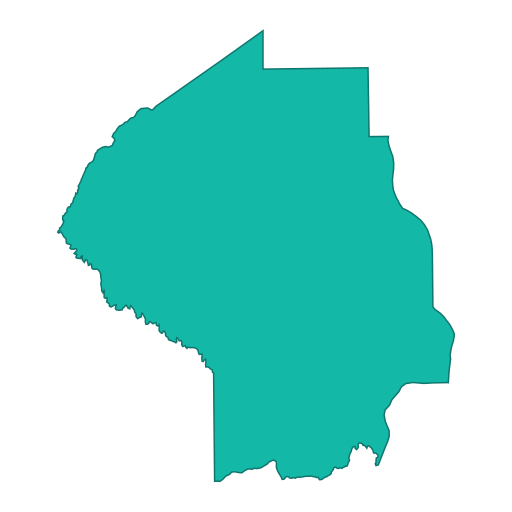 outline of Paoy Paet, Bântéay Méanchey, Cambodia
{"feature_id": "14789045B48513904069909", "entity_name": "Paoy Paet", "entity_type": "district", "adm_level": 2, "iso_a3": "KHM", "parent_name": "Cambodia", "parent_adm1": "Bântéay Méanchey", "projection": "equal_earth", "projection_center": [102.631, 13.649], "detail": "fine", "context": "isolated", "style": "filled", "palette": "teal", "viewbox_px": 512, "rotation_deg": 0, "n_neighbors": 0, "source": "geoboundaries", "source_scale": "gbopen_adm2", "svg_char_len": 5670}
<svg xmlns="http://www.w3.org/2000/svg" viewBox="0 0 512 512"><path d="M263.0,30.7L258.8,33.7L221.8,60.1L156.5,105.9L154.6,107.7L152.4,110.1L151.1,109.8L147.8,108.0L144.9,108.2L141.1,108.6L139.1,110.1L137.2,111.7L136.2,113.8L134.7,116.4L133.4,117.6L131.0,118.0L129.5,119.2L127.5,121.6L125.1,122.3L122.6,124.7L120.5,125.7L119.4,126.1L117.4,128.5L115.7,131.5L113.7,133.3L112.2,136.7L114.0,138.2L114.9,140.4L113.1,143.2L112.7,145.1L110.3,146.4L108.4,147.2L105.7,146.5L102.4,147.3L100.3,148.6L97.6,150.2L97.0,151.9L95.4,153.5L94.3,157.6L93.3,160.5L91.9,162.0L89.4,163.2L87.9,165.3L87.3,167.1L85.9,168.1L85.7,169.7L84.9,171.5L84.0,173.4L82.7,176.5L82.0,178.2L81.3,179.3L81.0,181.3L80.1,182.5L79.5,184.2L78.6,185.4L78.2,186.9L78.9,187.9L78.4,189.3L77.6,190.1L77.7,191.9L77.1,193.6L75.7,193.1L75.6,194.6L75.1,196.6L74.0,197.9L73.6,199.2L73.0,201.0L72.9,202.5L72.0,203.3L71.0,204.1L70.7,205.8L70.0,206.9L68.7,206.9L67.7,208.0L66.9,209.8L67.0,211.8L65.9,212.7L65.0,213.8L64.0,215.5L62.8,216.0L62.7,217.9L62.7,219.9L64.0,221.1L63.3,222.3L63.0,223.9L62.0,225.3L61.2,226.9L59.6,228.1L59.7,229.8L58.5,230.7L57.7,232.1L58.8,233.1L60.6,231.7L61.9,233.4L62.9,234.9L63.4,236.1L64.6,237.6L65.6,238.1L66.2,240.0L66.1,241.4L66.5,243.2L67.7,243.9L69.9,244.3L71.0,245.3L69.9,248.1L71.1,249.1L72.5,249.1L74.0,249.3L75.0,248.6L76.1,248.6L76.9,250.2L76.0,251.5L75.1,252.3L74.1,253.5L75.6,254.4L76.7,254.0L76.6,255.4L75.9,257.4L76.8,258.1L78.6,258.4L80.6,258.5L81.1,256.5L82.4,256.0L82.3,257.5L82.1,259.0L82.7,260.3L84.3,262.4L85.1,261.0L85.4,259.6L87.0,260.1L87.9,263.1L88.4,265.4L89.5,265.1L90.0,263.7L91.4,264.3L91.7,266.3L92.0,268.4L93.4,269.2L94.6,269.3L96.3,269.0L97.2,269.3L97.4,269.4L98.4,270.0L100.0,272.2L100.6,274.1L100.7,276.0L100.9,277.7L101.4,280.0L101.2,282.0L100.8,283.9L101.2,286.0L101.7,288.7L101.6,290.6L102.8,292.6L104.0,290.5L104.4,292.2L103.9,293.6L104.2,294.9L104.1,297.4L105.3,298.3L106.8,297.6L107.2,299.3L106.6,301.8L107.9,302.7L109.3,304.1L109.5,306.2L111.0,307.0L112.4,306.3L114.3,305.2L116.2,304.9L115.7,306.9L115.3,308.3L116.3,309.9L117.9,310.0L119.1,310.2L120.6,310.1L122.3,309.8L122.7,308.1L123.9,307.5L125.0,306.1L126.1,305.1L127.3,306.7L128.2,308.3L129.8,308.8L130.0,306.9L130.8,305.7L131.5,306.6L132.6,307.8L133.6,309.1L134.4,310.2L134.6,311.9L136.3,314.3L135.9,315.7L136.4,317.2L137.7,318.6L138.8,317.9L139.9,317.3L141.4,316.8L141.4,315.0L142.0,313.1L143.0,314.1L143.7,315.5L144.6,317.3L145.5,319.2L145.3,322.0L145.9,324.2L146.9,324.4L148.0,324.0L149.0,323.1L149.1,321.7L150.2,321.6L151.3,322.4L152.2,323.4L153.2,323.8L154.9,322.9L155.9,322.6L156.4,323.8L156.4,325.3L158.1,326.0L159.0,324.8L159.3,326.7L159.0,330.1L159.7,331.6L161.6,333.3L162.7,332.8L163.3,331.2L164.9,331.5L165.5,333.7L165.6,335.5L166.4,336.6L167.4,336.9L168.2,338.0L168.4,339.5L169.7,340.3L171.3,340.6L172.7,341.3L174.5,341.9L175.9,342.8L176.9,341.5L176.4,339.8L176.7,337.7L177.9,338.5L178.4,339.6L179.2,340.8L181.1,340.6L181.9,342.4L181.7,344.9L182.7,346.5L184.1,346.0L185.4,345.7L186.0,347.5L187.0,348.4L187.8,347.1L188.9,347.4L190.0,347.7L191.7,347.6L192.8,347.6L194.9,347.9L196.4,348.4L197.5,349.7L198.1,350.7L198.6,353.2L199.2,354.4L200.6,354.4L201.9,353.9L202.3,355.4L201.7,357.8L201.9,359.5L202.1,361.4L203.4,361.4L204.0,360.4L204.7,359.3L205.8,359.3L205.9,361.9L205.7,363.4L205.6,365.0L205.9,367.0L207.2,366.9L208.2,367.0L209.3,367.8L210.8,369.2L211.8,369.6L212.5,371.0L212.5,372.3L213.6,372.9L214.6,481.3L216.3,481.2L220.1,481.3L222.9,479.2L224.8,477.2L226.2,475.8L229.1,474.7L231.8,472.0L235.2,471.8L238.3,472.5L241.8,472.8L245.1,470.4L248.2,468.9L252.5,469.2L254.1,468.2L256.8,468.6L260.7,467.9L267.1,464.1L269.2,461.9L273.4,460.0L276.2,461.6L276.5,464.0L276.3,467.1L277.4,470.5L279.2,473.8L281.1,476.8L282.1,479.4L284.0,479.2L286.1,476.8L287.5,476.5L288.8,477.0L289.6,478.0L291.8,478.2L293.6,477.6L295.4,478.2L297.2,477.1L298.9,477.2L302.1,477.0L305.3,476.3L309.9,476.2L311.2,476.0L312.5,476.5L314.8,476.8L316.7,477.6L318.1,477.2L318.9,478.6L319.5,479.7L320.7,479.6L321.7,479.5L323.9,477.9L324.8,477.2L326.7,476.8L328.0,475.7L330.0,474.8L331.2,473.5L331.4,471.8L332.7,470.5L333.4,469.2L333.9,467.6L335.8,467.2L337.0,468.2L338.2,468.5L339.6,468.1L340.9,467.9L342.0,468.4L342.9,467.5L344.4,467.0L345.8,466.0L346.9,466.2L347.7,464.9L348.2,462.6L349.1,461.3L349.6,460.1L348.7,458.5L349.3,456.6L349.6,454.5L351.2,451.5L351.7,449.2L352.3,447.9L353.1,447.1L354.1,446.3L355.1,446.8L355.1,448.2L356.5,449.6L357.3,448.8L358.1,447.7L358.4,446.0L358.0,444.7L358.7,443.2L360.5,443.1L362.4,443.8L363.1,445.4L364.2,445.1L365.7,446.7L366.8,448.2L367.4,446.4L368.5,445.6L371.3,447.8L373.0,450.5L373.6,453.0L375.9,453.1L378.1,455.3L377.8,457.4L376.3,458.0L376.1,459.6L376.0,461.0L376.0,462.4L375.3,463.8L376.0,465.6L378.3,464.9L379.0,463.1L379.9,460.9L381.4,457.0L382.9,453.2L385.1,447.5L387.6,441.6L389.2,436.4L389.1,430.6L387.3,426.4L385.3,421.4L384.1,415.0L385.1,410.0L389.6,405.0L391.8,399.9L394.7,396.4L398.8,391.8L401.4,386.8L405.7,383.6L412.9,382.5L417.8,382.9L423.9,383.4L432.3,382.9L447.2,382.6L448.3,382.7L449.0,372.1L449.5,367.5L450.6,359.1L450.1,355.2L450.9,350.0L451.8,346.0L453.4,340.8L454.2,336.1L454.3,334.0L453.2,331.1L451.7,328.1L450.1,325.2L448.3,322.6L446.1,320.0L444.2,317.2L441.6,314.6L440.6,313.5L438.2,311.7L435.1,309.5L432.9,306.9L432.4,256.7L432.3,252.4L432.1,247.7L431.5,243.0L430.6,238.8L429.1,234.5L427.6,230.2L424.5,224.8L420.8,220.3L416.0,216.3L411.0,212.7L405.8,209.7L402.6,208.4L399.5,203.7L398.1,200.8L396.6,198.2L394.8,194.0L393.4,190.1L392.7,185.1L392.4,180.2L393.0,173.8L393.6,169.0L393.7,163.0L392.8,156.5L390.6,150.6L388.9,145.3L387.9,140.3L388.4,136.4L369.1,136.6L368.0,67.8L263.0,69.1L263.0,30.7Z" fill="#14b8a6" stroke="#0f766e" stroke-width="1.5"/></svg>